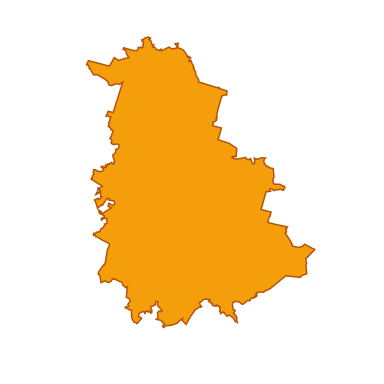 Vestienas pag., Madona, Latvia, rotated 284°
{"feature_id": "27541924B49336573653251", "entity_name": "Vestienas pag.", "entity_type": "district", "adm_level": 2, "iso_a3": "LVA", "parent_name": "Latvia", "parent_adm1": "Madona", "projection": "mercator", "projection_center": [25.839, 56.863], "detail": "fine", "context": "isolated", "style": "filled", "palette": "amber", "viewbox_px": 384, "rotation_deg": 284, "n_neighbors": 0, "source": "geoboundaries", "source_scale": "gbopen_adm2", "svg_char_len": 5968}
<svg xmlns="http://www.w3.org/2000/svg" viewBox="0 0 384 384"><g transform="rotate(284 192 192)"><path d="M166.0,325.0L166.5,321.6L167.3,319.4L168.5,313.8L166.5,312.9L163.9,308.8L163.9,302.6L164.7,301.8L165.3,301.9L165.8,300.8L166.7,300.9L174.8,292.4L176.2,293.4L177.1,292.4L179.4,292.7L179.6,291.9L181.2,292.9L180.8,283.2L180.8,272.8L186.3,272.9L187.3,273.6L191.7,273.5L191.7,263.3L210.3,263.8L210.2,264.3L211.8,268.0L212.9,266.7L214.0,267.4L214.4,268.8L214.2,269.6L213.1,270.7L216.2,277.3L215.7,279.3L215.8,280.4L217.3,280.3L218.5,281.2L220.0,280.2L219.7,278.7L220.8,275.6L219.5,270.2L220.9,268.2L224.6,267.5L226.1,268.0L234.2,265.2L234.5,264.4L234.2,263.4L234.4,260.5L235.3,259.5L235.0,259.1L235.7,257.0L238.8,254.1L241.7,254.4L242.7,255.0L242.0,251.3L240.9,249.2L239.8,248.2L239.7,246.9L239.3,246.3L239.6,245.7L239.3,245.4L239.8,244.4L236.7,245.5L234.2,245.5L234.2,243.9L238.6,240.6L237.0,239.0L236.9,237.6L238.5,235.8L234.6,227.0L235.0,222.3L236.2,222.8L237.1,226.3L244.7,225.0L246.0,223.2L246.1,222.0L248.2,216.6L249.0,204.7L261.2,205.1L261.3,195.7L264.0,196.2L265.3,195.6L265.8,197.0L267.5,198.5L268.4,198.4L269.2,197.3L269.8,198.3L270.9,198.2L271.4,197.5L278.0,197.2L292.4,197.7L294.3,200.7L294.4,202.0L298.5,201.5L299.0,193.5L299.9,193.1L299.5,192.3L299.6,191.1L299.3,190.6L300.4,171.6L302.3,171.5L306.3,167.5L309.7,166.2L311.5,164.2L312.7,164.1L312.9,163.4L315.0,162.8L316.7,160.8L319.0,159.6L319.2,158.9L317.9,157.8L319.1,157.3L321.9,158.2L322.7,156.1L321.8,156.1L321.7,155.1L323.8,153.7L327.7,149.3L328.8,143.0L333.0,142.8L331.8,139.7L329.5,142.2L328.1,142.5L326.2,138.6L326.1,137.6L327.0,134.6L321.6,128.2L323.1,127.3L321.4,126.2L321.8,125.0L321.6,122.7L323.6,120.8L323.3,118.7L325.5,119.1L325.0,118.5L325.3,117.6L328.2,116.0L329.1,114.8L329.5,113.3L330.9,114.5L331.4,114.2L331.8,112.0L329.7,108.7L328.2,108.0L327.4,106.5L326.1,107.2L325.7,108.4L326.1,108.7L325.8,108.9L322.7,108.8L320.8,109.4L319.6,108.2L320.2,107.3L319.5,107.0L319.4,104.9L317.2,105.0L315.8,104.3L315.1,101.0L315.4,90.8L313.8,90.6L313.3,93.7L310.6,94.7L306.9,98.3L305.6,95.0L301.8,88.9L303.6,84.1L294.1,81.4L294.4,59.7L290.3,59.0L289.8,59.1L290.2,60.0L288.6,62.1L286.9,62.3L287.0,63.3L282.0,68.0L282.0,68.9L282.7,70.9L282.6,72.7L280.3,80.5L278.7,83.9L277.2,84.4L275.7,85.8L275.9,88.5L277.6,90.5L278.8,92.7L279.0,95.8L281.8,98.2L249.9,96.3L250.1,91.2L244.9,90.3L245.3,92.9L244.8,94.5L245.1,95.0L239.4,94.6L235.8,95.0L236.1,95.2L235.5,95.5L235.5,96.2L234.8,96.4L233.8,98.1L232.6,98.6L232.8,100.2L232.3,100.9L228.2,100.2L226.1,100.3L225.1,99.4L223.7,99.8L223.9,100.4L223.2,101.5L221.2,102.0L220.2,101.5L219.5,102.2L219.0,104.8L219.7,105.2L220.5,108.6L220.2,109.6L219.1,110.3L216.6,110.0L215.5,109.1L215.2,107.9L212.3,108.2L210.6,107.7L208.6,106.2L205.5,107.7L204.3,109.0L203.4,109.4L202.5,108.8L201.2,109.8L200.6,109.5L200.0,108.6L200.1,107.7L201.0,107.3L201.2,106.6L199.9,105.4L198.7,105.0L199.1,104.3L198.6,103.5L197.5,103.5L197.8,101.9L196.9,101.5L195.2,102.7L194.8,101.3L195.2,100.5L195.0,99.6L195.3,99.1L194.8,97.8L194.0,98.0L193.4,99.9L192.5,101.1L189.7,99.1L189.6,96.9L189.1,95.4L190.3,93.1L189.9,91.0L188.4,91.7L186.9,91.4L185.7,92.7L183.7,91.5L181.0,91.9L180.9,91.1L180.1,91.0L175.9,103.7L173.4,101.3L173.3,99.9L171.0,100.2L172.0,101.7L171.1,102.9L169.1,101.6L168.9,99.8L166.3,99.3L169.5,103.0L168.0,104.0L165.7,104.4L165.5,105.7L162.2,103.5L163.2,102.2L160.6,99.3L158.9,101.0L153.4,104.3L157.3,106.9L157.3,108.2L165.4,111.1L165.2,113.3L164.1,113.1L164.4,118.6L162.0,119.8L160.6,119.4L159.9,117.0L161.1,114.5L160.5,113.9L157.7,114.1L157.1,117.5L150.0,110.8L149.2,109.2L150.9,108.7L151.9,105.7L148.9,107.4L147.9,112.3L146.8,113.0L146.3,113.1L145.3,111.3L143.7,110.3L142.8,111.2L145.8,113.0L145.3,114.0L145.8,115.8L144.3,115.8L141.8,117.2L140.7,116.8L140.7,116.2L139.8,115.1L139.6,115.5L135.8,114.3L134.3,112.6L131.2,112.2L131.0,111.2L130.4,111.1L129.9,109.0L128.4,108.5L128.1,106.5L127.3,106.5L126.3,106.9L126.6,108.2L125.3,109.2L125.7,110.2L123.8,116.0L122.0,123.7L120.5,124.9L115.9,123.9L101.2,125.0L99.2,123.6L92.8,121.0L89.8,120.7L88.8,122.8L82.1,125.6L84.8,129.4L83.7,132.5L86.1,135.2L88.8,135.9L88.4,137.6L89.0,138.5L88.5,139.3L87.6,143.9L87.8,145.7L84.8,147.6L83.1,151.0L84.4,152.2L73.9,153.7L73.6,156.5L71.3,158.5L67.4,156.9L65.8,158.3L64.5,155.7L63.7,155.1L62.5,160.1L62.9,161.0L62.3,162.0L55.2,163.9L51.6,167.3L51.6,169.6L51.0,170.4L57.0,173.6L58.0,172.5L57.9,170.8L58.6,170.0L60.6,170.1L62.5,170.9L64.3,173.9L64.3,174.5L62.8,175.6L62.9,176.1L64.3,175.4L65.7,177.3L65.2,177.8L65.7,178.2L65.6,178.8L65.1,179.3L66.1,180.0L66.1,180.7L64.5,181.1L65.2,182.1L67.8,181.6L69.0,180.1L70.9,180.2L71.5,180.4L71.8,181.7L72.6,182.1L73.5,183.6L76.4,183.3L77.4,183.7L77.3,185.6L75.0,185.4L73.5,186.1L69.5,191.9L68.6,191.6L68.5,188.9L66.8,187.7L61.6,189.5L59.8,188.1L60.0,193.3L58.5,194.5L58.3,195.7L57.0,197.3L55.3,195.8L54.2,196.3L53.7,197.5L55.7,198.6L57.8,204.4L61.1,209.4L64.3,211.2L66.9,213.5L65.0,213.6L62.1,218.3L70.4,220.5L76.7,223.0L77.4,222.8L81.5,226.3L82.3,228.3L83.4,229.0L83.8,227.6L86.5,225.9L87.3,227.1L90.1,228.8L91.1,230.0L92.1,235.5L91.5,235.6L89.9,234.5L89.2,237.0L88.5,237.8L88.7,238.6L87.1,239.1L86.8,240.9L87.1,241.6L87.0,243.0L88.2,242.8L88.2,244.4L87.4,245.6L87.3,247.0L86.2,246.8L84.0,248.1L83.0,247.6L82.4,248.7L80.9,249.1L83.2,251.6L79.9,256.1L81.6,257.8L79.8,262.4L76.7,265.4L76.9,265.7L76.4,267.6L76.9,267.3L77.1,266.1L78.3,266.6L80.0,265.8L81.1,266.0L83.6,263.3L84.1,261.7L87.2,262.6L87.7,262.1L87.8,260.4L92.8,258.3L94.5,258.3L96.5,260.9L96.7,264.5L95.2,267.5L95.7,269.0L99.6,271.6L100.2,272.5L100.4,274.4L102.5,274.7L103.1,275.7L103.8,276.1L103.8,276.9L104.6,277.6L104.7,278.1L105.2,278.0L105.0,278.6L106.2,279.0L106.3,279.8L107.1,280.1L107.3,278.7L107.6,278.5L107.6,279.3L108.1,279.0L109.2,279.7L109.6,279.0L110.5,279.6L111.9,284.0L111.9,285.6L113.7,287.0L116.9,291.0L133.3,303.2L135.4,317.9L137.4,318.5L140.4,323.1L148.8,320.1L150.2,320.6L154.5,318.6L155.5,318.6L156.4,319.7L166.0,325.0Z" fill="#f59e0b" stroke="#b45309" stroke-width="1.5"/></g></svg>